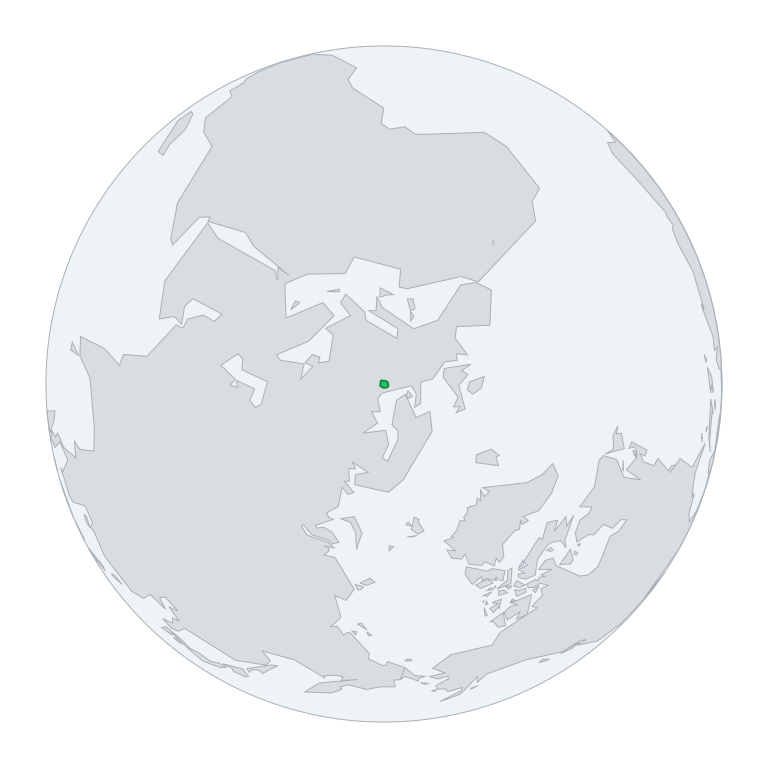 Kuyavian-Pomeranian highlighted on a globe, orthographic projection, rotated 168°
{"feature_id": "POL-3145", "entity_name": "Kuyavian-Pomeranian", "entity_type": "Voivodeship", "adm_level": 1, "iso_a3": "POL", "parent_name": "Poland", "parent_adm1": "", "projection": "orthographic", "projection_center": [18.543, 52.987], "detail": "fine", "context": "on_globe", "style": "filled", "palette": "green", "viewbox_px": 768, "rotation_deg": 168, "n_neighbors": 0, "source": "natural_earth", "source_scale": "10m", "svg_char_len": 12139}
<svg xmlns="http://www.w3.org/2000/svg" viewBox="0 0 768 768"><g transform="rotate(168 384 384)"><circle cx="384" cy="384" r="338" fill="#eef3f6" stroke="#a8b0b8"/><path d="M62.9,278.7L67.9,264.7L78.4,239.9L89.3,218.6L101.7,198.2L115.6,178.7L130.7,160.3L175.1,119.5L148.2,141.9L164.9,126.7L167.4,124.7L165.9,126.0L186.7,110.8L202.1,100.4L228.7,88.2L249.1,88.3L239.6,92.0L245.6,92.2L257.9,87.8L264.6,85.0L301.9,84.7L343.3,79.1L354.7,73.0L353.5,78.3L374.0,64.7L395.4,61.8L372.2,67.9L370.6,70.9L385.6,69.9L387.1,72.9L395.3,74.4L395.8,78.2L382.2,82.3L382.3,85.0L392.9,84.3L400.1,88.2L384.5,88.7L395.5,95.8L374.8,105.3L332.7,106.1L322.0,116.9L280.8,133.2L285.4,135.8L272.7,144.6L273.3,151.1L265.5,152.9L272.7,156.7L279.7,153.9L285.2,154.8L286.2,158.6L276.4,161.2L274.5,159.7L272.2,162.6L266.8,162.4L270.0,164.6L258.0,167.8L271.3,170.4L262.8,177.9L254.5,178.5L253.7,170.8L232.5,155.4L223.8,154.8L212.4,161.1L194.3,188.1L185.4,191.1L174.6,200.6L180.2,202.1L190.7,195.3L198.4,201.1L210.3,192.8L215.2,194.2L228.1,189.3L227.8,198.5L220.6,210.2L209.9,215.0L206.4,220.5L218.0,223.2L199.4,239.8L189.5,264.6L184.4,268.4L172.2,261.8L168.7,242.9L152.8,236.8L164.7,249.6L152.0,259.8L150.6,265.4L152.3,270.4L157.8,270.1L153.8,275.8L140.4,264.6L143.9,259.3L148.1,262.7L146.3,254.1L137.2,247.8L131.5,254.1L123.9,239.8L119.7,244.4L115.7,244.2L122.9,237.7L109.8,249.4L100.0,238.4L82.0,259.5L97.8,232.9L102.4,221.0L106.3,209.2L103.3,212.3L112.6,193.9L114.1,185.7L104.3,195.4L92.8,212.7L83.4,231.1L85.4,229.8L81.3,241.8L74.0,250.4L65.1,276.5L60.1,288.2L56.1,302.5L54.2,312.5L51.4,328.4L53.0,329.0L54.0,338.8L50.3,350.8L53.8,348.1L52.3,361.8L56.6,390.3L55.3,390.7L58.3,429.2L67.6,461.7L69.7,476.6L68.0,478.8L72.6,489.6L72.7,493.2L96.2,534.9L112.6,562.1L115.1,573.7L107.2,572.3L113.0,585.9L98.3,564.5L85.4,542.1L74.1,518.8L64.7,494.7L57.2,469.9L51.6,444.6L47.9,419.0L46.2,393.1L46.5,367.2L48.8,341.5L51.9,323.3L53.5,314.9L53.3,314.6L55.0,306.9L62.9,278.7ZM77.2,264.7L67.4,301.5L68.1,287.1L68.8,288.2L72.3,277.4L77.2,261.0L79.1,249.6L77.2,264.7ZM83.7,266.2L84.9,260.8L84.4,265.3L83.7,266.2ZM267.3,83.5L258.0,87.5L246.3,90.7L253.9,86.8L267.3,83.5ZM289.8,79.5L285.9,81.8L279.5,80.4L283.7,79.5L289.8,79.5ZM362.5,68.4L354.7,69.5L361.8,67.5L362.5,68.4ZM396.3,74.0L398.1,72.8L401.5,74.1L396.3,74.0ZM227.4,184.8L227.6,187.0L225.1,186.7L227.4,184.8ZM232.6,180.7L229.4,178.8L231.4,176.5L233.4,177.8L232.6,180.7ZM405.6,81.4L410.6,84.2L403.1,82.0L405.6,81.4ZM236.1,183.6L235.5,172.9L239.1,169.2L249.5,170.9L236.1,183.6ZM412.0,86.3L424.5,93.6L429.5,91.5L422.6,102.3L414.2,92.1L404.2,89.5L411.0,88.9L412.0,86.3ZM281.5,151.4L274.1,154.5L279.4,148.5L281.5,151.4ZM283.5,147.4L291.9,128.8L303.4,126.5L298.3,133.0L312.4,127.6L313.9,135.6L306.5,140.3L298.7,140.1L305.2,143.4L283.5,147.4ZM416.8,107.4L417.8,110.0L414.1,108.1L416.8,107.4ZM287.8,154.7L288.5,150.9L298.5,148.6L299.0,155.7L295.6,154.1L287.8,154.7ZM315.4,122.5L322.9,122.3L326.2,128.6L329.5,129.5L314.9,135.6L315.4,122.5ZM293.8,156.6L299.0,159.4L295.2,164.1L287.9,158.2L293.8,156.6ZM300.9,145.1L305.7,144.4L303.2,147.0L300.9,145.1ZM284.6,183.0L285.1,178.1L290.4,176.4L284.6,183.0ZM301.2,160.2L302.5,158.6L304.6,157.5L307.1,160.4L301.2,160.2ZM318.3,139.8L318.0,142.6L324.4,137.6L327.1,142.4L316.9,145.8L322.4,146.4L323.3,147.9L314.0,149.0L318.3,139.8ZM316.1,160.0L304.0,166.5L301.8,175.7L297.0,177.4L301.5,162.4L316.1,160.0ZM315.7,153.4L314.9,157.8L309.4,157.5L306.5,154.2L315.7,153.4ZM332.6,144.6L331.1,136.3L333.4,135.9L332.6,144.6ZM316.5,162.7L319.4,161.1L317.0,163.4L316.5,162.7ZM328.9,150.2L328.1,147.2L330.7,146.8L328.9,150.2ZM326.0,160.6L322.1,162.6L320.0,160.4L326.0,160.6ZM328.2,155.9L332.0,156.1L321.6,158.4L327.4,154.6L328.2,155.9ZM331.5,150.3L332.8,149.1L331.5,151.6L331.5,150.3ZM336.0,168.3L323.4,171.7L318.9,166.6L331.8,163.9L336.0,168.3ZM215.0,591.1L191.1,543.0L201.2,531.7L201.8,512.0L270.4,464.4L286.3,473.1L341.8,472.4L349.0,475.8L343.9,492.8L386.8,514.5L398.9,500.1L436.2,507.4L460.1,502.6L466.1,468.9L426.9,476.3L418.6,461.2L448.9,441.5L482.9,435.0L480.8,429.0L458.0,420.1L464.6,406.0L450.0,415.9L456.9,421.2L447.9,427.8L441.1,423.5L443.7,418.5L433.1,417.5L423.5,442.5L429.4,450.6L402.4,457.9L409.6,472.4L402.7,479.9L387.9,458.5L388.4,450.0L361.8,425.8L358.8,435.2L383.7,459.0L376.5,457.3L372.7,471.3L369.9,459.4L343.5,431.9L318.3,435.1L288.2,465.0L273.1,464.3L259.4,453.5L268.3,419.5L301.2,425.0L304.8,414.0L296.3,395.0L307.1,398.7L307.7,391.9L319.9,393.1L335.5,378.7L347.7,378.2L352.1,357.5L359.0,354.7L354.4,367.5L357.7,376.6L387.8,375.5L393.2,370.8L393.6,357.7L401.9,359.5L398.5,347.0L415.0,340.3L392.0,338.4L392.0,324.0L401.0,312.2L396.8,307.4L382.1,326.7L380.0,334.9L384.7,342.3L375.2,365.5L365.3,369.3L359.6,344.5L344.8,347.5L346.8,327.7L385.3,286.2L402.2,277.2L433.6,291.7L430.6,301.4L417.9,300.8L431.2,314.2L429.4,306.9L436.2,308.7L437.9,296.2L442.8,296.9L436.0,284.0L442.2,283.6L446.4,291.7L454.2,273.8L466.7,269.9L466.1,265.6L461.9,262.1L480.5,260.0L479.3,257.0L472.7,256.4L465.8,250.1L461.0,238.5L467.7,238.4L470.4,242.6L486.0,251.6L492.0,263.3L494.3,262.2L490.7,252.1L471.6,240.9L466.8,234.0L476.4,237.9L472.5,235.9L472.3,232.5L478.3,229.2L468.0,224.5L455.8,189.4L466.2,180.3L476.1,187.2L474.7,164.7L486.6,157.6L480.4,156.9L475.6,146.6L471.9,148.6L468.6,147.5L454.5,123.6L456.4,118.4L443.5,108.7L440.3,108.5L438.2,111.7L422.6,102.3L429.5,91.5L436.2,92.3L435.9,85.5L451.5,88.7L464.2,88.7L481.3,97.1L489.9,96.9L488.7,94.3L499.5,92.7L525.6,99.2L509.4,105.0L471.3,100.4L487.3,102.9L485.1,105.9L491.7,109.2L502.9,111.0L503.3,109.0L528.7,132.6L558.5,148.2L552.8,136.9L557.9,133.6L586.8,144.6L629.6,186.4L636.8,185.0L642.9,189.6L649.3,200.5L640.6,194.1L639.4,199.3L633.5,194.4L640.7,210.8L632.6,204.5L642.3,220.9L647.9,221.8L644.5,209.1L656.4,226.8L663.7,224.1L673.9,233.7L693.0,273.4L698.4,300.0L700.7,304.9L697.9,308.8L701.7,327.0L712.7,333.1L714.9,339.8L717.5,369.3L716.3,365.0L709.1,375.4L713.1,394.5L718.8,390.5L720.9,399.7L718.9,407.8L716.1,400.5L713.5,403.8L710.4,388.6L700.9,375.7L698.6,392.1L695.2,383.4L681.8,378.6L676.4,401.7L670.4,451.0L675.6,474.8L670.9,493.5L650.1,476.8L638.9,457.3L632.6,467.0L610.2,460.3L575.0,484.9L568.9,480.5L562.5,488.3L546.6,489.0L537.0,480.6L527.8,485.9L553.2,507.3L562.9,501.4L569.6,484.5L575.0,493.6L590.2,494.4L577.0,530.3L523.0,578.2L516.1,561.1L466.6,517.1L467.2,509.9L466.9,509.1L466.2,507.9L463.4,520.1L454.3,509.9L482.5,545.3L487.9,560.9L522.3,579.6L519.5,583.6L530.1,585.5L561.9,564.0L562.5,570.1L548.4,603.9L502.8,652.2L508.0,667.9L503.2,681.5L472.9,696.6L473.7,702.7L457.8,708.1L455.6,711.0L441.7,715.5L419.3,719.7L383.2,721.5L382.4,720.4L366.5,716.5L345.1,699.0L355.7,689.4L353.1,680.0L326.8,653.8L332.7,639.4L325.3,631.9L310.2,631.4L301.5,621.8L292.3,619.8L233.6,609.3L215.0,591.1ZM248.6,496.1L247.2,502.1L248.6,496.1ZM520.5,443.9L539.8,436.3L528.3,419.3L534.7,415.1L528.4,411.1L527.3,418.1L511.5,406.1L518.7,396.0L514.9,387.7L508.2,389.9L497.5,410.5L520.1,427.5L516.9,438.0L520.5,443.9ZM56.8,391.0L56.9,396.8L55.9,392.2L56.8,391.0ZM65.7,289.5L64.8,295.5L63.5,300.3L63.7,296.4L65.7,289.5ZM64.5,338.8L64.7,346.6L63.4,340.4L64.5,338.8ZM66.4,307.0L64.2,333.1L61.9,322.8L63.7,306.6L63.9,315.0L66.4,307.0ZM79.0,269.7L77.8,274.1L76.5,275.0L79.0,269.7ZM83.2,269.6L83.3,268.4L84.9,265.0L83.2,269.6ZM152.8,260.4L153.8,261.5L154.3,267.1L151.8,265.7L152.8,260.4ZM170.7,285.9L163.9,294.5L167.0,287.1L162.1,286.5L162.4,270.8L182.0,269.5L173.0,272.7L170.7,285.9ZM168.4,250.3L165.9,259.8L167.8,249.5L168.4,250.3ZM299.0,355.6L303.7,361.0L299.7,368.4L284.3,370.6L289.8,359.8L299.0,355.6ZM311.2,367.1L309.9,342.8L319.4,340.9L314.3,346.0L320.7,347.2L314.2,355.7L324.7,378.4L321.9,386.6L294.8,385.3L305.2,381.0L300.0,375.7L311.2,367.1ZM289.5,289.4L289.1,280.4L310.4,287.9L308.4,295.5L292.8,297.9L286.1,290.2L289.5,289.4ZM254.7,189.4L253.1,186.5L255.8,185.6L259.4,187.3L254.7,189.4ZM284.4,180.9L264.3,201.4L261.5,199.0L253.1,214.6L242.4,214.6L248.2,204.3L233.7,216.4L234.7,207.1L225.7,216.2L239.7,193.3L240.0,186.0L243.8,194.1L253.5,194.2L257.9,192.0L270.3,180.7L275.8,165.6L286.4,163.8L292.4,166.6L292.7,170.0L285.7,169.9L291.1,174.5L281.3,177.0L284.4,180.9ZM356.9,208.6L348.6,205.8L357.8,218.0L348.0,219.5L349.7,220.9L343.2,225.8L338.2,234.3L333.5,233.7L333.6,237.4L329.3,240.9L327.8,245.8L318.9,246.6L316.4,252.8L313.6,249.7L311.6,260.2L309.1,252.9L303.3,257.2L308.8,262.0L264.5,257.8L247.9,262.6L235.4,271.0L232.7,258.1L242.8,242.4L259.0,227.9L275.4,225.5L271.3,220.5L277.9,217.9L278.4,223.0L281.6,213.8L287.2,213.2L301.6,202.1L302.7,189.9L308.0,185.8L310.4,190.3L314.0,183.2L322.1,189.0L326.1,186.4L338.1,189.8L340.3,200.5L344.6,196.7L353.9,199.5L356.9,208.6ZM339.3,169.5L344.2,181.2L341.3,188.0L321.7,179.3L316.9,181.0L304.3,176.3L308.8,166.7L312.0,168.8L316.2,168.7L313.1,171.8L318.7,169.3L323.3,172.3L328.9,171.3L328.9,175.3L339.3,169.5ZM356.3,469.5L361.7,470.4L370.0,469.8L367.7,478.8L356.3,469.5ZM338.0,451.1L342.8,450.3L343.6,462.2L338.0,461.4L338.0,451.1ZM344.7,440.0L343.0,449.3L340.6,443.9L344.7,440.0ZM358.7,366.2L363.7,364.7L364.5,367.7L362.1,372.3L358.7,366.2ZM382.1,247.5L377.8,244.2L379.2,242.4L375.4,231.9L382.4,230.2L387.4,236.0L382.1,247.5ZM459.8,476.0L453.4,483.7L449.5,481.5L452.5,479.3L459.8,476.0ZM408.7,483.5L420.7,486.4L407.9,486.0L408.7,483.5ZM389.1,244.0L386.7,239.7L391.7,241.6L389.1,244.0ZM387.3,228.6L393.0,229.7L382.8,228.8L387.3,228.6ZM556.5,658.4L530.5,684.7L515.8,690.7L514.9,687.6L525.8,673.9L543.4,663.3L552.5,653.5L556.5,658.4ZM719.6,423.5L718.9,427.5L711.4,426.1L714.3,416.9L720.8,405.8L720.6,410.5L721.1,407.5L719.6,423.5ZM721.9,380.7L721.6,371.6L721.4,365.7L721.9,380.7ZM720.7,355.9L715.7,319.5L715.6,318.8L720.7,355.9ZM676.9,475.7L683.4,482.4L680.2,489.6L676.9,475.7ZM709.9,295.5L714.5,314.3L709.2,293.6L709.9,295.5ZM704.7,279.3L706.2,282.9L705.7,283.1L704.7,279.3ZM704.0,310.8L704.4,318.9L702.8,316.2L701.1,304.2L704.0,310.8ZM681.7,242.4L688.0,250.8L690.3,255.0L687.5,253.1L681.7,242.4ZM445.3,228.0L442.7,244.1L445.4,255.5L454.2,261.2L440.7,260.5L436.5,242.8L445.3,228.0ZM453.8,194.0L446.1,189.7L450.0,187.4L452.4,188.1L453.8,194.0ZM448.7,194.3L438.1,197.0L434.2,191.9L443.3,190.8L448.7,194.3ZM413.7,219.8L412.5,224.6L408.5,222.9L413.7,219.8ZM707.2,285.4L705.7,281.2L704.4,276.6L707.2,285.4ZM700.5,265.7L700.0,264.2L700.1,264.6L700.5,265.7ZM701.9,272.5L701.8,269.3L704.8,280.4L697.2,265.5L695.4,258.9L701.9,272.5ZM642.8,180.0L639.0,177.8L635.1,171.6L638.9,174.8L642.8,180.0ZM619.1,150.9L632.9,169.3L643.3,185.1L643.5,182.8L652.2,192.0L647.9,192.0L635.4,176.4L628.7,165.6L620.9,159.4L611.9,149.3L603.3,145.1L597.1,139.8L602.8,140.5L619.1,150.9ZM599.8,143.8L581.5,134.7L577.4,126.3L580.5,126.3L590.6,133.9L592.2,137.9L599.8,143.8ZM575.9,130.2L577.2,134.1L553.1,132.7L547.0,130.5L563.2,126.1L565.3,129.8L571.9,131.9L575.9,130.2ZM421.1,109.3L418.1,110.0L419.3,107.9L421.1,109.3ZM466.6,148.9L462.3,147.2L463.9,144.5L466.6,148.9ZM451.3,141.0L452.5,145.2L448.4,140.8L451.3,141.0ZM455.8,154.9L451.7,146.9L459.6,154.6L455.8,154.9Z" fill="#d9dde1" stroke="#a8b0b8" stroke-width="1"/><path d="M388.3,383.3L388.1,383.5L387.9,383.6L387.9,383.8L388.0,384.0L387.9,384.3L387.8,384.2L387.7,384.2L387.6,384.3L387.4,384.5L387.3,385.0L387.2,385.0L387.2,385.3L387.3,385.4L387.4,385.6L387.4,385.8L387.0,386.6L386.9,386.8L386.9,387.0L387.0,387.1L386.8,387.6L386.7,387.7L386.7,387.8L386.5,388.0L386.4,388.0L385.9,388.0L385.5,387.9L385.3,387.9L384.9,388.1L384.7,387.9L384.1,387.4L383.9,387.2L383.7,387.3L383.5,387.2L383.4,387.0L383.1,387.2L383.0,387.3L382.6,387.2L382.4,386.9L382.1,386.9L381.7,386.4L381.4,386.3L381.1,386.3L380.9,386.2L380.7,385.9L380.5,386.0L380.3,385.9L380.2,385.7L380.1,385.4L380.3,385.3L380.4,384.8L380.2,384.5L380.0,384.3L379.7,384.1L379.9,383.8L379.9,383.4L379.8,383.2L380.1,382.7L379.9,382.3L379.7,382.1L379.6,381.9L379.9,381.5L380.0,381.3L380.2,380.9L380.3,380.7L380.5,380.6L381.0,380.7L381.2,380.4L381.4,380.2L381.6,380.1L381.7,379.9L381.8,379.8L382.3,379.9L382.9,379.8L383.0,379.8L383.1,380.0L383.8,380.2L384.1,380.4L384.3,380.3L384.5,380.2L384.8,380.2L384.8,380.3L385.2,380.6L385.3,380.7L385.5,380.8L385.9,380.7L386.1,380.6L386.4,381.2L386.4,381.5L386.6,381.7L386.6,381.8L386.8,381.8L387.0,381.9L387.4,382.1L387.8,382.2L388.0,382.3L388.2,382.8L388.3,383.3Z" fill="#22c55e" stroke="#15803d" stroke-width="1.5"/></g></svg>